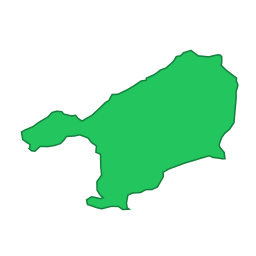 Letymvou, Paphos, Cyprus, rotated 95°
{"feature_id": "46923920B68509889171305", "entity_name": "Letymvou", "entity_type": "district", "adm_level": 2, "iso_a3": "CYP", "parent_name": "Cyprus", "parent_adm1": "Paphos", "projection": "natural_earth1", "projection_center": [32.523, 34.848], "detail": "fine", "context": "isolated", "style": "filled", "palette": "green", "viewbox_px": 256, "rotation_deg": 95, "n_neighbors": 0, "source": "geoboundaries", "source_scale": "gbopen_adm2", "svg_char_len": 1543}
<svg xmlns="http://www.w3.org/2000/svg" viewBox="0 0 256 256"><g transform="rotate(95 128 128)"><path d="M47.1,43.0L47.7,46.6L50.1,53.7L50.0,64.4L45.2,72.0L48.2,79.3L51.4,81.8L52.6,86.1L57.8,88.6L61.5,92.1L65.0,95.5L67.4,100.7L72.5,106.3L76.7,114.0L78.9,114.2L80.0,119.0L82.4,122.0L86.1,126.6L90.1,132.3L91.9,135.3L95.3,141.0L96.0,146.7L102.3,149.5L104.8,152.9L110.7,157.9L118.7,165.2L122.0,170.1L125.1,174.3L122.7,178.9L119.9,181.4L120.9,185.2L119.7,193.2L117.5,195.5L117.5,200.6L119.2,205.1L124.2,208.9L126.0,211.5L128.5,215.1L131.1,218.5L134.8,222.6L136.3,225.4L139.1,230.6L141.4,233.8L144.0,233.1L148.6,231.9L150.1,229.5L153.1,224.1L155.8,224.1L157.0,224.9L159.1,222.2L159.2,218.7L154.0,213.9L153.5,206.1L151.7,199.3L149.3,193.8L145.8,190.9L141.8,188.5L140.6,180.6L139.0,175.5L141.4,166.9L145.6,163.2L148.6,157.9L154.9,157.9L156.6,153.1L168.5,151.8L177.2,150.2L184.2,154.3L192.6,153.4L197.7,149.5L199.6,146.6L200.8,149.0L199.6,158.2L203.2,163.0L207.7,161.7L210.0,152.5L210.8,147.2L209.0,142.2L207.5,137.8L207.0,130.8L209.7,126.1L208.7,119.9L207.6,121.8L203.1,123.0L194.9,122.3L192.4,117.7L191.2,109.9L187.9,104.9L187.2,98.9L184.2,93.5L173.4,88.6L169.0,89.1L165.3,83.9L158.2,69.0L153.1,56.1L151.3,51.6L148.6,44.6L150.0,40.7L150.1,35.1L150.5,31.0L150.1,28.7L149.6,28.8L143.8,30.2L138.9,35.1L136.1,35.7L129.2,33.8L125.1,31.3L120.4,26.7L113.5,22.9L106.2,22.9L98.3,22.9L88.9,22.9L82.6,23.5L75.6,22.2L71.9,24.1L68.7,24.3L65.5,29.6L61.8,35.3L57.4,40.7L54.8,40.3L48.6,40.9L47.1,43.0Z" fill="#22c55e" stroke="#15803d" stroke-width="1.5"/></g></svg>